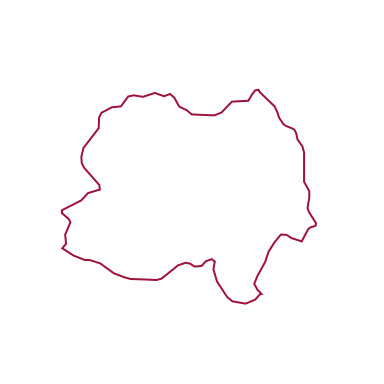 outline of Angus, rotated 306°
{"feature_id": "GBR-2019", "entity_name": "Angus", "entity_type": "Unitary District", "adm_level": 1, "iso_a3": "GBR", "parent_name": "United Kingdom", "parent_adm1": "", "projection": "mercator", "projection_center": [-2.915, 56.726], "detail": "fine", "context": "isolated", "style": "outline", "palette": "rose", "viewbox_px": 384, "rotation_deg": 306, "n_neighbors": 0, "source": "natural_earth", "source_scale": "10m", "svg_char_len": 1336}
<svg xmlns="http://www.w3.org/2000/svg" viewBox="0 0 384 384"><g transform="rotate(306 192 192)"><path d="M313.8,185.7L312.6,188.2L309.8,208.5L306.7,214.2L303.3,218.8L300.7,225.7L300.7,229.3L302.3,235.6L302.5,238.3L301.0,241.5L296.5,246.5L293.8,254.5L289.9,259.4L266.1,276.7L261.7,286.3L256.5,290.1L246.8,295.0L244.5,298.5L239.7,310.6L237.3,311.8L235.5,310.6L233.5,308.8L230.3,307.8L216.4,309.8L215.7,307.2L213.2,299.7L212.9,293.7L209.9,289.0L200.3,288.3L188.8,289.0L178.4,292.3L162.5,294.3L154.3,296.3L151.4,302.4L150.4,308.2L149.2,307.1L142.1,306.4L133.2,301.0L127.3,289.0L127.7,282.2L134.3,264.8L142.1,254.7L149.2,251.3L149.2,247.3L144.0,243.9L137.7,243.2L133.2,237.8L132.9,232.5L131.0,228.4L124.3,223.7L119.1,222.4L111.4,220.3L104.0,218.3L99.9,215.0L93.2,204.8L85.5,193.4L83.2,187.3L80.3,176.5L80.3,168.4L80.3,159.6L76.6,148.7L74.0,145.4L71.0,133.8L70.2,120.2L76.2,120.5L82.9,114.5L96.0,111.4L97.6,108.5L98.5,99.0L100.8,97.5L120.2,107.4L130.0,108.5L139.8,116.0L143.2,112.8L148.2,90.4L150.6,85.8L155.4,81.8L163.8,78.3L188.8,79.0L197.6,73.1L202.9,72.2L213.5,77.4L219.5,84.2L231.8,84.2L236.0,88.1L240.2,96.4L250.3,103.7L253.0,113.0L258.4,116.7L257.9,122.2L253.6,131.5L255.1,140.0L254.6,146.2L267.1,165.0L273.5,169.1L288.6,171.2L298.9,183.9L306.1,183.3L311.2,183.3L313.8,185.7Z" fill="none" stroke="#9f1239" stroke-width="2"/></g></svg>